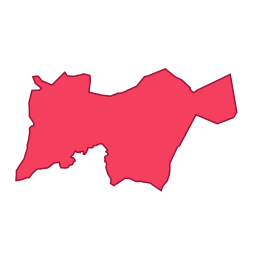 Afijio, Oyo, Nigeria (Robinson projection), rotated 186°
{"feature_id": "59680162B11241948791785", "entity_name": "Afijio", "entity_type": "district", "adm_level": 2, "iso_a3": "NGA", "parent_name": "Nigeria", "parent_adm1": "Oyo", "projection": "robinson", "projection_center": [3.925, 7.738], "detail": "fine", "context": "isolated", "style": "filled", "palette": "rose", "viewbox_px": 256, "rotation_deg": 186, "n_neighbors": 0, "source": "geoboundaries", "source_scale": "gbopen_adm2", "svg_char_len": 4051}
<svg xmlns="http://www.w3.org/2000/svg" viewBox="0 0 256 256"><g transform="rotate(186 128 128)"><path d="M39.6,141.6L24.2,149.4L21.5,155.2L31.8,191.5L31.9,192.0L62.2,173.4L66.5,170.0L70.4,172.8L70.3,174.4L79.1,181.1L86.7,184.0L97.1,190.7L113.5,181.9L117.0,180.8L117.0,180.7L123.8,170.4L131.6,165.9L135.0,163.7L136.0,163.2L139.9,161.5L141.3,161.7L148.8,157.8L157.5,157.9L161.4,158.4L170.7,159.6L170.4,171.1L171.4,176.1L171.5,176.2L178.0,177.2L180.6,175.7L183.3,175.1L186.7,173.8L187.4,173.7L193.6,173.4L194.1,173.8L196.7,176.8L208.3,162.6L208.9,162.9L218.7,166.0L222.6,170.0L224.5,169.9L228.0,169.1L225.0,162.9L218.3,158.5L220.1,156.3L227.3,155.4L227.9,152.1L229.1,142.6L228.2,137.4L227.6,132.4L227.3,129.2L225.3,126.9L222.2,123.0L222.1,122.4L221.9,120.3L223.9,120.0L225.9,117.7L225.3,112.5L225.3,112.4L225.6,105.9L226.5,100.1L225.9,97.9L226.0,97.4L226.6,94.1L227.7,88.7L228.2,86.3L234.2,74.7L234.5,74.2L234.1,69.4L234.1,67.6L233.9,64.0L229.5,65.1L225.5,66.9L223.0,68.1L221.2,68.2L217.7,73.8L213.9,77.8L210.3,78.2L208.6,78.9L207.5,79.1L204.1,79.8L202.5,80.9L197.7,85.6L195.7,86.0L192.9,86.9L192.4,85.6L191.8,83.8L191.3,82.7L190.3,81.4L189.5,81.4L189.1,81.6L188.3,81.7L187.6,81.6L187.4,81.6L187.1,81.5L186.3,81.6L185.6,81.8L184.6,82.1L184.1,82.1L183.7,82.5L183.2,83.1L182.9,83.7L182.7,84.2L182.4,84.6L182.1,85.0L181.8,85.2L181.6,85.2L181.3,85.2L181.2,85.1L180.9,85.2L180.7,85.3L180.4,85.4L180.2,85.5L179.8,85.7L179.6,85.7L179.5,85.8L179.4,85.9L179.4,86.0L179.3,86.3L179.2,86.5L179.1,86.9L179.1,87.0L179.0,87.3L179.0,87.6L178.9,87.8L178.8,88.1L178.8,88.3L178.7,88.4L178.6,88.5L178.4,88.6L178.3,88.8L178.2,88.9L178.1,89.0L177.9,89.1L177.7,89.2L177.7,89.3L177.6,89.5L177.3,89.8L177.2,89.8L177.3,90.5L177.5,90.7L177.7,91.0L177.8,91.2L178.0,91.6L178.3,91.8L178.8,92.1L179.1,92.3L179.3,92.4L179.3,92.5L179.5,92.6L179.8,92.7L180.0,92.7L180.4,92.8L181.0,92.8L181.4,92.8L181.9,93.0L181.0,94.4L179.6,95.9L178.9,98.1L177.8,99.8L177.2,98.9L176.9,98.8L176.5,98.7L176.2,98.6L175.9,98.6L175.7,98.6L175.3,98.6L174.9,98.5L174.6,98.6L174.4,98.5L174.2,98.5L174.0,99.0L173.9,99.1L173.6,98.9L173.4,98.9L173.2,98.8L173.0,98.7L173.0,98.8L173.0,99.1L172.8,99.3L172.7,99.3L172.5,99.6L172.3,99.7L172.1,99.7L171.7,99.8L171.0,99.9L170.4,100.0L169.9,100.1L169.7,99.4L169.6,98.7L169.6,98.1L169.9,97.6L169.8,97.4L169.2,97.3L168.2,97.3L168.2,97.6L168.1,97.9L167.9,98.0L167.3,98.8L166.8,99.5L166.7,100.1L166.6,100.5L166.3,101.3L165.9,102.1L165.9,102.9L166.0,103.6L166.0,104.1L165.9,104.2L165.6,104.2L165.3,104.2L165.1,104.2L164.8,104.3L164.4,104.3L163.7,104.4L163.1,104.5L162.8,104.5L162.7,104.5L162.3,104.6L162.2,104.6L161.9,104.6L161.7,104.5L161.4,104.7L161.2,104.8L160.8,105.0L160.9,105.8L160.9,106.1L160.7,106.3L160.4,106.5L160.1,106.7L159.7,106.9L158.5,107.1L157.2,107.6L156.2,108.4L154.4,109.3L152.4,109.6L150.5,108.5L150.4,108.2L149.4,107.0L148.6,106.6L147.7,105.5L145.9,104.0L146.0,103.9L146.3,103.5L146.8,103.0L147.3,102.6L147.5,102.3L147.2,102.0L146.9,101.9L146.8,101.6L146.5,101.4L145.8,101.0L145.6,100.8L145.1,100.0L144.9,99.7L145.2,99.3L145.3,99.0L145.5,98.8L145.9,98.5L146.2,98.3L146.5,98.2L146.8,98.0L147.2,97.8L147.4,97.8L147.6,97.6L147.8,97.3L147.8,97.1L147.9,96.9L147.9,96.7L148.0,96.4L148.1,96.2L147.9,95.8L147.8,95.5L147.8,95.4L147.7,95.3L147.7,95.2L147.6,94.9L147.5,94.7L147.5,94.4L147.5,94.2L147.4,93.9L147.4,93.7L147.5,93.7L147.6,93.2L147.6,92.9L147.6,92.6L147.6,92.4L147.4,92.3L147.4,92.2L147.2,91.9L146.9,91.9L146.5,91.7L146.1,91.5L146.0,91.4L145.8,90.7L145.7,90.5L145.6,90.2L145.4,89.4L145.5,88.9L145.6,88.5L145.7,88.1L145.8,87.7L145.9,87.4L145.8,86.8L145.7,86.6L145.3,85.0L142.9,79.7L141.2,77.6L140.4,76.8L139.9,76.1L139.8,75.8L139.5,75.1L139.3,74.3L139.3,73.5L139.3,73.2L139.4,72.6L139.4,71.9L139.7,71.1L137.5,69.9L135.7,69.3L134.1,71.0L133.2,71.4L126.5,77.1L125.8,77.7L120.9,77.9L114.5,75.7L113.9,75.7L113.5,75.7L109.5,76.3L106.5,75.9L106.4,76.0L100.3,75.6L88.5,69.2L87.3,73.9L83.3,79.9L82.2,85.6L82.0,88.9L82.1,91.0L82.7,97.3L82.6,97.7L77.1,113.8L74.5,116.5L74.2,117.6L61.8,148.3L39.6,141.6Z" fill="#f43f5e" stroke="#9f1239" stroke-width="1.5"/></g></svg>